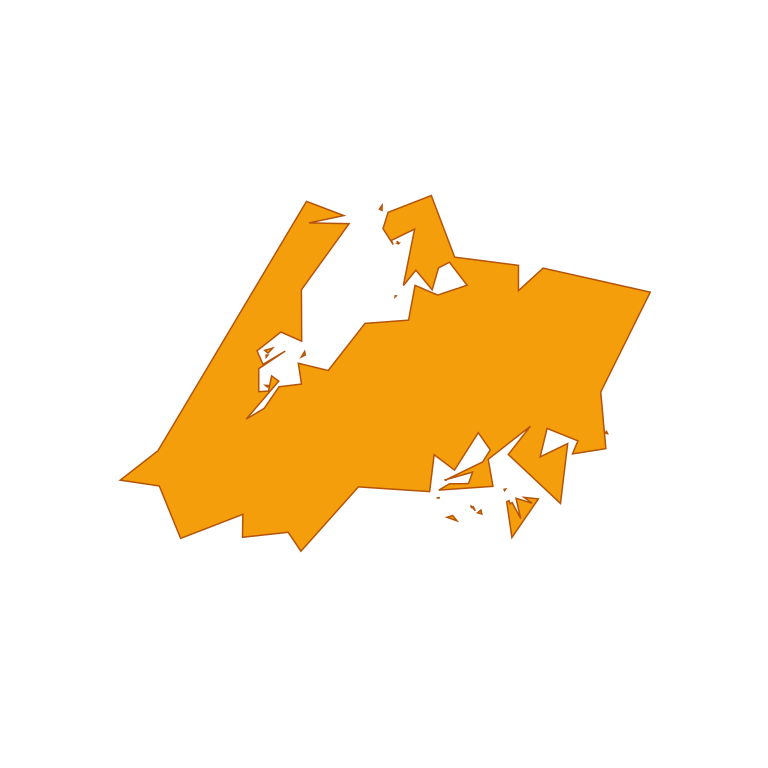 outline of Rodney Local Board Area, Auckland, New Zealand, rotated 60°
{"feature_id": "76426892B62509674219060", "entity_name": "Rodney Local Board Area", "entity_type": "district", "adm_level": 2, "iso_a3": "NZL", "parent_name": "New Zealand", "parent_adm1": "Auckland", "projection": "equal_earth", "projection_center": [174.565, -36.497], "detail": "medium", "context": "isolated", "style": "filled", "palette": "amber", "viewbox_px": 768, "rotation_deg": 60, "n_neighbors": 0, "source": "geoboundaries", "source_scale": "gbopen_adm2", "svg_char_len": 1987}
<svg xmlns="http://www.w3.org/2000/svg" viewBox="0 0 768 768"><g transform="rotate(60 384 384)"><path d="M363.2,188.3L370.4,220.9L348.5,208.2L309.5,259.4L244.4,248.8L237.4,294.6L249.0,307.2L267.9,306.3L263.3,305.9L265.1,280.0L308.4,318.0L301.4,299.5L326.5,295.2L310.7,278.7L311.3,266.4L340.0,262.7L333.8,293.1L314.1,307.8L341.0,330.8L322.0,370.1L344.4,425.6L323.2,447.8L342.8,455.5L333.9,476.3L345.2,499.9L345.5,520.8L328.9,473.7L320.8,477.3L332.4,487.6L328.0,496.3L308.1,484.8L306.1,453.1L306.5,479.0L291.8,477.4L287.4,447.4L305.8,433.9L261.1,408.4L227.7,334.1L207.0,368.4L218.0,334.6L187.1,359.8L328.8,613.2L335.4,660.5L359.9,629.6L416.0,637.3L426.3,571.4L446.0,583.2L464.5,541.1L487.3,539.6L460.3,457.6L500.0,398.3L470.3,375.9L493.8,366.0L473.3,326.7L494.2,324.9L500.8,337.5L498.0,377.5L504.6,351.3L512.5,360.6L503.2,377.2L503.3,389.6L527.1,340.8L501.3,331.4L493.8,278.4L507.2,311.6L575.7,290.9L527.4,254.7L525.2,285.2L504.0,265.0L530.2,244.5L538.8,255.7L550.9,224.2L499.3,200.3L437.6,107.5L363.2,188.3ZM560.7,307.8L552.2,319.4L561.3,315.3L549.0,326.8L568.8,332.9L550.7,332.3L550.9,334.7L547.5,334.0L547.3,336.6L580.9,350.0L560.7,307.8ZM539.0,389.2L532.2,390.3L530.9,396.1L539.0,389.2ZM232.7,299.0L228.2,296.3L230.2,300.5L232.7,299.0ZM299.2,469.0L297.3,462.4L295.2,470.5L299.2,469.0ZM319.5,437.6L316.2,436.5L319.3,442.1L319.5,437.6ZM545.5,364.3L541.6,363.1L542.3,367.4L545.5,364.3ZM539.4,368.3L534.8,368.1L534.8,369.2L539.4,368.3ZM325.8,487.4L328.4,486.4L327.6,484.7L325.8,487.4ZM538.8,215.2L536.3,215.0L536.9,217.2L538.8,215.2ZM269.0,300.8L266.8,301.4L268.8,301.5L269.0,300.8ZM300.0,471.7L301.9,472.6L300.9,470.0L300.0,471.7ZM497.2,379.6L498.4,378.3L497.9,378.1L497.2,379.6ZM314.2,330.9L313.8,329.4L313.2,330.2L314.2,330.9ZM509.0,395.5L510.3,393.3L510.2,392.5L509.0,395.5ZM535.3,332.7L536.6,332.9L535.8,331.1L535.3,332.7ZM534.3,369.4L532.5,369.7L534.5,370.0L534.3,369.4ZM269.9,301.4L269.6,300.5L268.9,302.1L269.9,301.4Z" fill="#f59e0b" stroke="#b45309" stroke-width="1.5"/></g></svg>